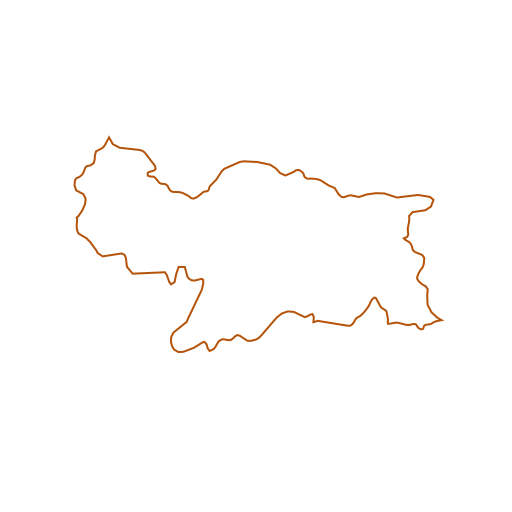 SVG path tracing the border of Bozen, rotated 21°
{"feature_id": "ITA-5459", "entity_name": "Bozen", "entity_type": "Province", "adm_level": 1, "iso_a3": "ITA", "parent_name": "Italy", "parent_adm1": "", "projection": "albers", "projection_center": [11.502, 46.655], "detail": "fine", "context": "isolated", "style": "outline", "palette": "amber", "viewbox_px": 512, "rotation_deg": 21, "n_neighbors": 0, "source": "natural_earth", "source_scale": "10m", "svg_char_len": 3394}
<svg xmlns="http://www.w3.org/2000/svg" viewBox="0 0 512 512"><g transform="rotate(21 256 256)"><path d="M74.8,284.4L75.9,282.5L77.5,275.8L77.8,268.7L76.4,263.5L72.6,260.1L64.6,259.2L61.3,255.2L59.8,249.9L60.7,247.4L62.8,245.5L64.6,242.3L65.1,238.4L64.9,235.3L65.7,232.8L68.9,230.8L71.2,227.4L70.8,223.7L69.5,219.7L69.2,215.6L73.4,210.8L74.5,209.1L75.2,206.6L76.3,197.9L82.3,202.9L90.0,203.8L109.0,198.8L112.3,198.5L115.1,199.3L129.3,208.0L131.1,210.7L130.2,212.6L126.0,216.0L125.1,217.3L126.2,219.7L128.2,219.8L132.1,218.6L134.3,219.3L139.6,222.4L141.4,222.5L145.0,221.5L146.9,221.6L148.6,222.5L151.7,225.2L153.6,226.0L155.5,225.9L161.7,223.8L164.9,223.4L171.4,224.1L174.6,225.2L177.2,224.8L179.9,222.1L184.1,214.9L184.9,214.2L186.9,213.3L187.7,212.4L188.1,211.1L187.9,208.2L188.0,207.2L191.6,198.8L193.6,189.2L195.2,185.9L207.2,174.0L210.6,172.0L223.5,167.8L236.5,165.7L243.1,167.1L248.9,170.0L254.6,170.3L260.9,164.2L262.3,162.0L264.0,160.8L265.8,160.3L269.1,161.1L270.3,161.8L271.4,162.8L272.4,164.2L273.9,165.1L275.6,165.4L277.4,165.1L279.1,164.2L284.6,162.5L289.0,162.1L298.5,164.1L298.9,164.1L300.3,164.3L301.7,164.1L305.2,164.4L311.2,168.9L314.7,170.2L316.9,169.7L320.5,166.7L322.5,165.4L331.0,164.0L337.4,158.8L345.2,154.5L353.4,151.6L366.6,150.9L385.3,141.0L388.5,140.3L397.3,138.5L401.6,140.0L401.6,143.4L401.6,147.2L397.7,152.6L386.5,158.9L384.6,163.7L385.8,166.4L386.7,169.5L387.8,175.8L389.1,178.8L390.4,181.4L390.4,183.9L387.7,186.6L389.6,187.4L394.0,188.1L396.1,189.2L398.3,191.3L399.3,193.0L400.4,194.3L403.0,195.3L410.8,195.5L413.8,197.5L415.5,203.4L415.6,206.8L415.1,208.7L414.5,210.6L414.0,213.8L414.0,217.3L414.4,219.1L415.5,220.2L417.3,221.4L421.2,222.9L425.1,223.4L428.2,225.4L429.9,231.3L433.6,240.0L440.1,245.7L447.7,248.7L452.2,249.4L447.6,252.3L445.3,254.5L444.3,256.0L443.7,256.7L442.7,257.4L439.2,259.4L438.2,260.4L437.9,261.4L438.1,263.3L437.9,264.3L437.3,264.9L436.1,265.3L434.0,265.1L432.8,264.6L431.8,264.0L431.2,263.4L430.4,262.9L429.6,262.5L428.3,262.7L426.9,263.3L424.9,264.8L423.2,265.7L421.1,266.4L411.9,267.5L409.0,268.9L404.6,271.6L403.5,272.0L402.8,271.0L402.3,268.9L402.0,268.0L397.8,261.2L397.1,260.6L396.3,260.2L392.1,259.5L390.4,258.6L383.0,252.3L382.2,252.2L381.2,252.6L380.2,254.4L379.8,255.8L379.5,257.2L379.3,260.9L379.0,263.1L377.9,267.2L376.6,270.9L374.9,274.4L372.4,277.6L371.9,278.6L371.5,279.8L371.0,283.2L370.7,284.2L370.4,285.1L369.9,286.0L369.4,286.7L368.8,287.4L365.8,288.4L337.0,294.4L333.3,297.2L331.8,292.1L329.5,290.0L327.6,291.3L325.7,293.8L323.2,295.6L311.5,294.6L305.6,296.3L301.0,300.1L297.5,305.8L289.0,329.4L287.5,332.1L285.6,334.3L281.2,337.3L278.2,338.2L269.2,336.2L266.7,336.6L265.3,338.4L264.2,340.9L262.6,343.4L260.5,344.5L256.0,345.2L253.9,346.2L251.9,348.7L251.2,351.7L250.8,354.9L249.9,358.0L246.7,361.3L244.0,359.5L241.4,356.1L238.7,354.6L236.9,356.0L231.0,363.9L222.5,371.5L217.8,373.5L212.9,372.6L209.9,370.2L207.3,366.5L205.9,361.9L206.4,357.1L215.0,342.1L214.9,339.9L217.5,306.7L216.6,300.5L215.2,297.2L213.5,296.8L207.2,301.1L204.6,301.7L202.0,301.4L199.4,299.9L193.5,291.8L187.7,293.9L188.0,301.6L189.3,309.6L186.8,312.9L184.4,311.4L179.4,305.6L176.8,303.8L147.2,316.7L139.3,312.3L135.3,304.5L132.8,302.0L129.6,301.8L113.0,311.3L106.9,309.9L105.4,308.3L96.6,302.6L91.4,300.2L82.5,298.7L81.5,297.9L80.3,296.8L78.5,293.7L77.7,292.0L75.8,285.5L74.8,284.4Z" fill="none" stroke="#b45309" stroke-width="2"/></g></svg>